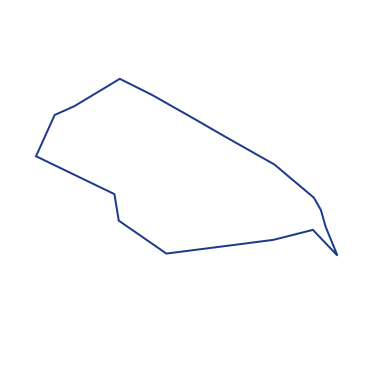 F'Derick, Tiris Zemmour, Mauritania (Albers equal-area conic projection), rotated 121°
{"feature_id": "47542326B14226246765401", "entity_name": "F'Derick", "entity_type": "district", "adm_level": 2, "iso_a3": "MRT", "parent_name": "Mauritania", "parent_adm1": "Tiris Zemmour", "projection": "albers", "projection_center": [-12.824, 22.739], "detail": "fine", "context": "isolated", "style": "outline", "palette": "blue", "viewbox_px": 384, "rotation_deg": 121, "n_neighbors": 0, "source": "geoboundaries", "source_scale": "gbopen_adm2", "svg_char_len": 424}
<svg xmlns="http://www.w3.org/2000/svg" viewBox="0 0 384 384"><g transform="rotate(121 192 192)"><path d="M132.2,312.2L178.9,337.0L196.7,349.4L241.7,344.1L233.8,257.4L254.3,240.0L255.7,217.4L258.0,182.3L249.4,171.4L191.1,97.6L162.2,68.9L171.6,34.6L153.0,59.5L141.1,72.2L134.1,84.6L129.1,116.2L126.0,135.4L127.5,191.3L128.2,230.8L129.4,276.1L131.3,300.7L132.2,312.2Z" fill="none" stroke="#1e3a8a" stroke-width="2"/></g></svg>